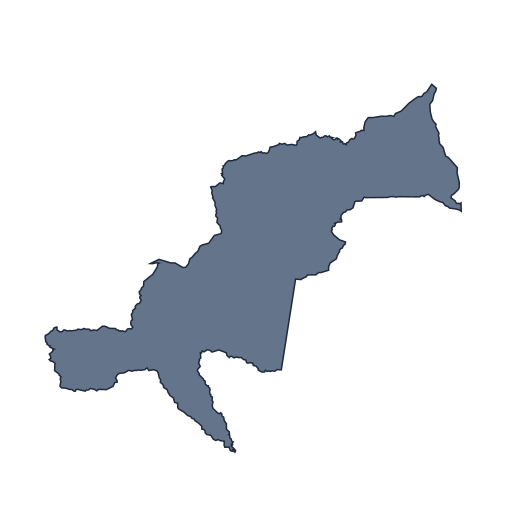 San Juan Bosco, Morona Santiago, Ecuador, rotated 99°
{"feature_id": "8360857B91956383415021", "entity_name": "San Juan Bosco", "entity_type": "district", "adm_level": 2, "iso_a3": "ECU", "parent_name": "Ecuador", "parent_adm1": "Morona Santiago", "projection": "robinson", "projection_center": [-78.379, -3.26], "detail": "fine", "context": "isolated", "style": "filled", "palette": "slate", "viewbox_px": 512, "rotation_deg": 99, "n_neighbors": 0, "source": "geoboundaries", "source_scale": "gbopen_adm2", "svg_char_len": 6111}
<svg xmlns="http://www.w3.org/2000/svg" viewBox="0 0 512 512"><g transform="rotate(99 256 256)"><path d="M280.0,359.2L279.8,357.1L278.2,353.1L278.3,350.9L278.8,351.8L282.4,351.8L290.4,355.2L298.7,362.8L303.5,362.4L305.3,364.0L308.4,364.7L309.5,365.8L311.8,365.1L313.1,363.3L314.1,364.3L315.6,364.3L317.5,362.4L321.0,363.7L321.8,365.6L323.0,366.6L325.0,367.5L326.4,366.9L329.0,369.2L331.1,369.0L333.3,370.0L338.2,368.0L339.4,369.1L341.7,369.3L343.7,368.6L345.6,366.5L347.6,367.7L347.5,369.6L348.2,371.5L351.3,373.1L350.8,376.1L351.4,377.0L351.0,377.9L351.5,379.5L350.7,380.3L350.8,382.2L349.6,383.3L350.4,389.9L349.7,391.2L349.0,394.6L349.4,396.7L354.4,401.4L354.5,405.1L355.7,407.3L354.4,409.3L354.9,413.2L354.4,414.3L356.1,417.1L356.1,420.5L357.1,421.2L358.9,426.8L358.7,428.2L359.5,429.9L358.9,434.0L361.0,435.6L361.7,437.5L360.0,441.1L357.5,441.3L357.3,441.8L358.6,444.2L361.6,445.3L362.3,446.7L365.3,448.6L367.3,451.5L368.6,451.7L371.1,451.0L373.9,450.0L374.9,448.4L375.7,448.7L377.2,446.2L377.0,445.1L378.3,445.3L379.6,440.9L380.2,442.0L381.4,441.7L382.9,442.6L385.2,444.8L387.1,443.3L389.2,442.6L390.6,444.1L391.9,442.3L391.9,440.5L393.3,437.8L400.8,437.0L403.2,432.3L404.6,431.7L405.7,429.7L407.8,430.2L410.7,429.1L415.2,429.3L416.7,427.5L416.3,423.2L417.0,419.2L416.6,417.2L418.1,414.3L417.7,413.2L416.5,413.1L415.6,411.8L416.2,403.5L415.0,402.7L414.3,400.1L412.7,399.1L413.1,394.4L414.1,392.1L412.3,390.5L411.4,382.9L407.1,376.8L403.0,375.7L402.4,373.4L400.7,373.7L398.4,375.7L394.8,374.3L393.3,372.6L392.0,367.8L388.8,363.8L389.2,360.5L387.8,357.6L387.9,356.4L387.1,354.9L386.9,352.0L385.7,348.1L383.6,346.0L385.9,343.8L384.3,339.4L385.0,335.8L386.8,334.3L391.6,332.4L393.1,330.8L395.7,330.8L397.5,327.7L400.4,326.5L401.9,322.8L404.5,321.5L407.2,319.2L409.2,315.3L413.3,313.5L413.7,310.4L417.9,309.6L419.2,308.6L421.4,302.8L424.3,298.5L424.8,295.3L426.4,293.9L426.6,291.7L428.3,290.5L430.0,286.6L432.6,283.0L435.5,282.4L435.5,280.4L436.9,278.9L438.5,278.5L440.0,276.8L440.2,272.5L443.5,269.7L444.5,267.0L443.2,264.6L444.0,262.2L443.9,258.4L447.9,257.9L449.8,256.9L449.0,252.7L452.1,251.0L452.6,249.5L452.2,247.5L453.1,246.1L452.1,245.9L451.6,246.7L451.1,246.1L450.7,248.3L450.0,247.3L447.5,250.7L447.0,250.1L445.9,250.8L445.8,249.7L444.9,250.2L443.2,249.4L442.9,250.8L440.5,252.0L439.5,253.5L437.0,254.0L436.6,255.0L435.9,254.4L433.9,254.9L431.7,258.1L426.2,259.0L423.6,261.6L420.3,262.7L419.2,264.7L416.8,265.3L416.4,266.6L417.4,267.3L417.2,268.9L413.3,274.7L410.5,275.8L406.6,275.7L405.6,276.8L402.1,277.0L401.5,278.8L400.0,278.9L399.6,279.9L396.8,280.7L395.5,280.3L393.6,281.2L392.8,282.6L391.7,282.7L391.6,284.4L390.1,286.2L387.5,286.7L387.0,288.1L385.5,288.9L382.3,293.5L381.0,293.7L378.6,295.9L377.3,296.0L373.8,293.8L370.4,296.0L368.5,295.4L367.0,295.8L365.3,294.6L360.3,295.8L360.3,294.6L358.2,294.4L358.8,292.3L356.1,289.3L356.5,286.6L357.8,284.4L354.6,278.1L356.2,270.3L358.8,269.1L360.4,266.5L359.4,266.0L358.9,264.2L360.1,261.8L358.8,259.5L359.1,257.2L358.5,254.7L360.2,252.2L360.4,249.7L362.8,248.6L363.1,247.4L362.4,245.4L362.3,242.5L364.5,241.6L364.8,238.6L367.1,236.1L368.3,236.0L369.7,232.1L369.2,229.4L367.4,228.9L368.3,227.1L367.6,225.7L367.8,223.6L366.9,222.3L366.8,219.3L364.9,217.4L364.5,213.2L272.6,213.3L272.2,207.6L271.2,207.1L268.7,203.1L266.7,202.2L265.2,193.8L262.6,191.7L262.3,189.5L258.7,182.0L255.3,182.6L251.4,181.7L246.2,176.2L242.5,175.7L238.2,174.1L237.2,174.5L235.3,173.2L234.7,172.0L231.6,171.2L230.7,169.9L228.9,169.7L228.1,169.8L227.0,176.0L222.9,182.7L219.7,185.5L218.2,184.8L216.8,185.5L214.6,184.6L214.5,183.3L213.4,182.7L211.7,182.8L211.5,183.4L211.0,183.0L211.0,182.2L209.8,180.8L208.9,176.8L206.7,177.2L206.3,178.7L205.4,177.9L202.6,178.4L199.1,176.2L198.6,174.6L196.2,173.2L195.6,170.3L193.2,167.7L187.0,166.9L186.2,165.7L185.1,160.2L180.9,158.4L181.2,156.8L177.6,135.3L176.5,132.9L175.7,128.9L176.0,127.5L175.0,123.8L172.0,103.6L171.3,103.2L170.1,100.7L171.0,99.3L169.1,97.6L168.2,95.3L172.1,88.3L173.7,82.6L173.8,80.0L176.7,76.9L177.2,74.1L178.4,72.3L178.3,66.1L178.7,62.4L179.7,60.3L171.5,61.8L172.5,62.9L172.2,64.3L172.8,66.2L170.3,68.0L168.1,72.4L165.5,72.4L164.1,70.6L159.2,66.9L157.0,66.0L151.6,66.7L142.5,70.4L137.3,70.9L128.6,81.4L127.7,84.3L119.5,88.2L115.9,92.7L114.4,92.6L112.9,93.6L111.5,93.4L108.2,94.7L106.3,94.4L100.0,98.9L97.6,98.8L96.0,101.1L93.2,103.5L86.6,106.3L79.0,108.1L75.0,105.9L67.7,105.4L65.4,104.3L62.1,104.1L58.9,109.3L67.1,113.0L69.3,115.7L72.1,116.8L72.8,118.0L73.2,120.7L75.7,123.5L81.4,129.0L90.1,135.2L93.4,140.5L96.5,141.7L96.2,145.2L97.7,149.3L98.3,154.1L101.0,162.1L101.7,166.8L106.3,169.2L112.1,169.6L115.1,168.9L115.4,171.7L116.5,172.5L118.7,176.9L121.3,176.1L124.8,177.3L125.3,179.0L124.9,179.7L126.2,181.3L129.1,182.5L130.1,184.2L131.9,184.4L131.1,185.9L131.7,186.8L131.4,187.6L129.7,188.4L130.1,190.5L128.8,190.1L127.2,192.9L127.8,193.8L126.8,194.3L127.0,195.2L128.7,196.2L129.0,197.9L127.6,200.0L127.1,198.9L126.8,201.7L125.9,202.3L127.2,204.2L126.4,205.3L126.5,206.8L128.5,208.6L128.5,209.8L129.4,211.1L127.2,215.4L123.9,216.6L126.3,218.6L128.1,221.7L128.1,222.9L130.0,224.4L131.2,228.6L132.1,229.7L132.0,231.2L134.4,231.4L136.4,233.4L139.0,233.0L140.4,233.8L140.2,238.4L141.6,242.5L140.3,245.2L141.5,247.8L141.1,250.6L142.4,250.9L145.1,255.7L146.2,259.0L151.1,259.8L153.0,261.4L152.8,264.0L153.3,265.5L152.1,267.4L153.2,268.0L152.8,269.8L154.3,271.8L154.4,273.2L158.8,281.7L159.1,285.5L163.6,289.9L164.5,291.7L164.3,292.5L165.7,294.3L166.0,297.6L166.8,298.8L169.7,300.9L170.9,300.9L172.3,302.6L174.2,302.0L175.4,303.1L179.6,302.0L180.1,303.0L180.9,301.8L181.7,302.5L184.8,298.9L187.6,299.8L189.7,299.7L189.4,303.0L193.9,307.2L194.3,310.7L194.9,311.6L198.2,309.5L200.7,309.6L204.5,307.6L205.4,308.0L209.3,304.8L212.3,304.5L216.5,302.0L217.5,302.5L219.9,301.7L221.3,302.2L223.0,301.9L224.4,299.9L228.9,299.9L232.2,295.9L233.6,295.7L235.7,294.1L238.6,293.7L239.8,294.9L242.1,300.3L250.8,304.7L253.5,310.9L255.2,312.9L260.5,314.2L262.9,316.4L267.3,319.0L269.1,320.9L274.4,321.5L278.2,323.7L278.8,326.5L275.5,335.0L276.2,338.9L274.5,351.3L280.0,359.2Z" fill="#64748b" stroke="#1e293b" stroke-width="1.5"/></g></svg>